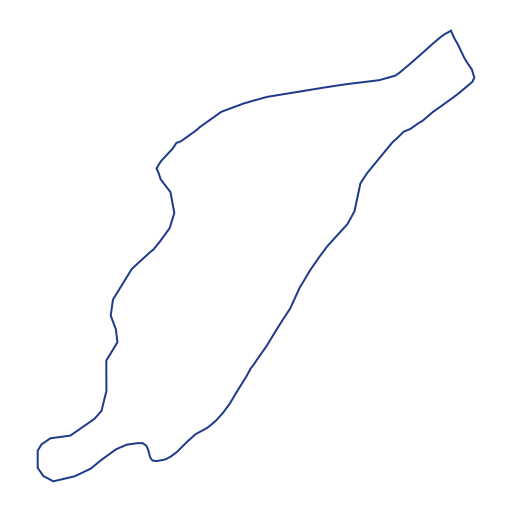 outline of El Rodeo, San Marcos, Guatemala
{"feature_id": "79465075B79064464802759", "entity_name": "El Rodeo", "entity_type": "district", "adm_level": 2, "iso_a3": "GTM", "parent_name": "Guatemala", "parent_adm1": "San Marcos", "projection": "mercator", "projection_center": [-91.996, 14.886], "detail": "fine", "context": "isolated", "style": "outline", "palette": "blue", "viewbox_px": 512, "rotation_deg": 0, "n_neighbors": 0, "source": "geoboundaries", "source_scale": "gbopen_adm2", "svg_char_len": 1425}
<svg xmlns="http://www.w3.org/2000/svg" viewBox="0 0 512 512"><path d="M53.3,481.3L74.6,476.3L90.6,468.7L100.6,460.5L116.0,449.3L126.6,444.7L137.2,443.2L142.5,443.1L146.3,445.6L148.3,450.1L149.7,455.7L150.8,458.6L152.7,460.6L156.9,461.1L165.4,459.4L170.7,456.6L176.9,452.0L187.0,441.9L195.5,434.2L207.3,427.8L211.3,424.6L215.7,420.9L222.6,413.3L229.8,403.6L236.6,392.1L246.3,376.6L250.7,368.4L253.7,364.7L256.6,360.2L266.4,346.3L276.3,330.0L281.6,321.6L290.1,308.6L295.4,297.1L299.7,287.6L304.2,280.2L310.0,270.4L318.5,258.1L326.9,246.7L335.3,237.4L341.6,230.5L347.6,223.9L354.5,211.2L360.4,183.4L364.5,177.1L367.6,172.5L392.1,142.7L400.7,134.7L403.6,131.7L410.2,129.0L418.9,122.9L422.3,121.0L433.0,111.9L446.4,102.4L457.6,94.2L463.5,89.3L472.4,81.8L474.3,77.6L471.9,69.6L467.0,62.3L464.5,58.3L458.1,44.9L454.1,37.8L450.9,30.7L448.9,31.9L444.7,34.2L440.8,36.9L433.9,42.7L425.9,49.9L410.0,63.9L405.1,68.0L399.5,72.7L395.4,75.6L379.1,80.2L346.2,84.2L323.2,87.7L267.0,96.9L255.4,100.1L243.6,103.5L221.3,111.8L199.5,127.3L197.2,129.6L180.9,141.3L176.3,143.0L172.7,148.6L161.1,161.0L156.5,168.4L158.5,172.7L160.7,179.4L170.5,192.2L174.3,213.0L169.7,228.0L160.1,241.3L153.6,249.3L149.4,252.8L131.9,268.8L113.0,299.5L110.7,315.6L115.9,329.4L117.4,342.3L106.3,360.6L106.4,391.0L101.5,410.9L94.4,418.9L70.3,435.6L50.4,438.3L41.5,444.4L37.7,450.6L37.7,467.9L43.4,476.1L53.3,481.3Z" fill="none" stroke="#1e3a8a" stroke-width="2"/></svg>